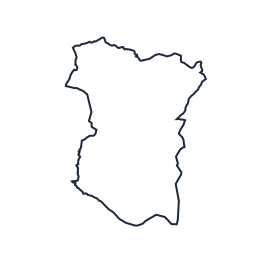 Faskari, Katsina, Nigeria (Albers equal-area conic projection), rotated 292°
{"feature_id": "59680162B51925471610757", "entity_name": "Faskari", "entity_type": "district", "adm_level": 2, "iso_a3": "NGA", "parent_name": "Nigeria", "parent_adm1": "Katsina", "projection": "albers", "projection_center": [7.102, 11.712], "detail": "fine", "context": "isolated", "style": "outline", "palette": "slate", "viewbox_px": 256, "rotation_deg": 292, "n_neighbors": 0, "source": "geoboundaries", "source_scale": "gbopen_adm2", "svg_char_len": 3703}
<svg xmlns="http://www.w3.org/2000/svg" viewBox="0 0 256 256"><g transform="rotate(292 128 128)"><path d="M131.7,187.5L133.4,186.3L137.5,184.1L139.7,181.9L141.7,177.3L146.0,177.2L151.6,178.3L153.8,178.1L156.6,178.1L156.3,175.2L155.6,173.8L155.4,171.9L154.5,169.9L160.2,172.4L162.3,173.8L165.6,174.6L168.0,173.8L169.7,173.8L171.3,173.8L172.8,174.3L174.0,174.2L176.7,173.7L178.0,173.5L180.8,174.5L182.3,175.1L183.5,175.9L185.1,176.5L186.0,176.8L187.7,177.5L189.6,178.5L191.2,178.5L193.4,178.7L194.6,179.2L195.7,179.6L198.4,179.3L201.8,181.3L202.7,181.8L203.1,181.5L205.9,178.4L206.5,174.2L208.7,175.4L209.9,174.8L213.4,171.8L216.2,171.5L216.7,170.2L214.8,167.5L213.6,166.9L211.6,166.7L209.8,166.4L208.1,165.4L207.5,164.3L207.7,162.0L209.4,155.6L209.1,152.8L210.2,151.9L214.9,149.9L214.8,144.1L214.3,142.7L212.4,141.5L211.1,140.2L208.9,137.1L208.9,135.4L208.7,132.7L208.2,129.0L205.8,125.8L204.4,125.0L202.2,123.4L200.4,122.3L195.2,114.9L195.3,114.3L195.3,113.2L196.4,112.3L197.2,111.0L197.3,108.8L198.2,109.2L198.5,109.4L198.8,109.2L199.2,108.9L199.4,108.4L199.2,108.2L198.8,107.7L198.9,107.3L199.3,106.5L200.3,106.0L201.2,105.5L201.6,105.0L201.8,104.5L201.6,101.8L201.4,99.9L200.8,98.4L200.7,96.7L199.9,96.0L199.7,95.3L200.1,94.0L201.2,93.5L201.0,92.3L200.1,91.4L199.7,90.6L198.8,89.7L198.6,89.0L199.7,85.4L199.6,84.1L199.4,83.4L198.9,83.1L198.4,82.4L198.4,81.8L198.2,80.3L198.9,78.0L198.8,77.1L199.1,75.1L201.3,73.4L201.6,73.0L201.8,72.7L202.5,72.1L202.4,70.6L202.1,70.1L200.7,69.1L197.3,66.6L196.3,65.7L195.9,65.1L195.9,64.4L195.1,63.9L194.0,62.8L193.3,61.8L193.4,61.0L193.5,60.0L192.4,59.0L191.8,58.4L191.4,58.1L188.7,54.3L188.2,53.4L186.7,52.6L185.9,51.7L185.3,49.6L184.0,48.0L181.8,46.8L177.9,50.9L174.5,53.8L171.1,54.0L166.9,55.6L167.1,56.2L164.9,58.6L162.5,58.5L161.7,57.4L161.9,56.3L161.6,56.2L158.7,55.3L154.7,54.9L152.3,55.4L145.4,54.2L143.6,54.6L145.0,63.5L145.9,65.8L145.6,68.7L145.6,71.3L145.2,73.9L144.3,76.0L144.0,77.5L129.2,88.1L119.8,89.2L119.7,89.7L118.9,92.5L118.0,92.8L117.0,93.3L115.4,94.0L114.5,99.4L113.2,99.5L112.7,99.8L110.8,99.9L108.8,99.5L108.2,99.2L107.1,97.1L106.8,96.3L106.3,95.3L105.0,94.5L104.3,93.8L100.5,91.6L99.1,89.9L92.4,91.7L90.5,91.6L90.2,91.2L89.9,91.1L89.7,91.3L89.5,91.6L89.2,91.7L88.4,91.9L88.4,91.4L88.1,91.1L87.6,91.0L87.4,91.2L87.1,91.5L87.0,91.9L86.5,91.9L86.4,92.2L85.7,92.3L84.8,92.6L84.7,92.5L84.6,92.3L84.4,92.5L84.1,93.4L83.2,94.5L82.8,94.4L82.6,94.2L82.3,94.2L81.1,94.1L79.7,94.0L79.3,94.3L78.3,94.3L77.1,94.7L76.8,95.0L75.8,95.5L75.0,94.7L74.3,94.7L74.1,94.2L73.7,94.3L73.6,94.7L73.2,95.1L73.1,95.8L72.4,96.5L71.7,96.6L71.3,97.1L70.8,97.1L70.1,97.3L69.1,97.5L68.7,98.1L67.8,98.1L67.1,98.2L66.8,98.5L65.9,98.9L65.7,99.5L64.8,100.3L63.9,100.3L63.0,100.8L62.2,100.8L61.8,100.9L61.2,101.0L60.3,100.9L59.7,99.9L59.2,99.1L58.8,98.4L58.3,97.6L57.9,96.7L57.5,96.0L57.2,96.5L57.0,96.9L56.9,97.9L57.1,98.2L57.4,98.6L57.2,99.1L57.5,99.3L57.5,99.7L57.2,100.0L56.9,99.9L56.4,100.0L55.8,100.1L55.3,100.2L55.2,100.5L55.4,100.9L55.3,101.1L55.1,101.7L54.5,102.5L54.1,103.1L53.6,103.3L53.6,103.7L53.8,104.4L53.0,106.1L52.3,108.2L51.7,109.9L50.4,111.0L50.6,112.1L51.6,113.2L51.5,114.7L50.9,116.0L51.5,119.4L51.1,123.0L51.1,125.1L50.9,126.3L49.8,128.5L49.9,130.4L48.7,133.1L47.4,136.0L45.5,140.4L44.3,146.1L42.6,149.7L40.5,153.9L39.3,161.7L39.5,163.4L40.2,171.1L41.1,173.4L44.9,177.6L48.0,178.8L51.6,181.5L56.4,185.3L57.5,186.1L58.1,186.6L58.3,187.9L58.7,191.1L58.9,192.4L59.0,193.7L59.3,195.3L58.4,197.5L57.8,198.9L56.9,200.8L55.2,204.3L57.0,209.2L61.4,208.6L65.5,207.2L67.6,206.5L79.6,202.4L94.0,193.2L97.9,193.7L105.0,194.7L107.1,193.9L111.5,187.4L113.7,187.6L119.5,183.2L127.7,184.5L129.6,185.6L131.7,187.5Z" fill="none" stroke="#1e293b" stroke-width="2"/></g></svg>